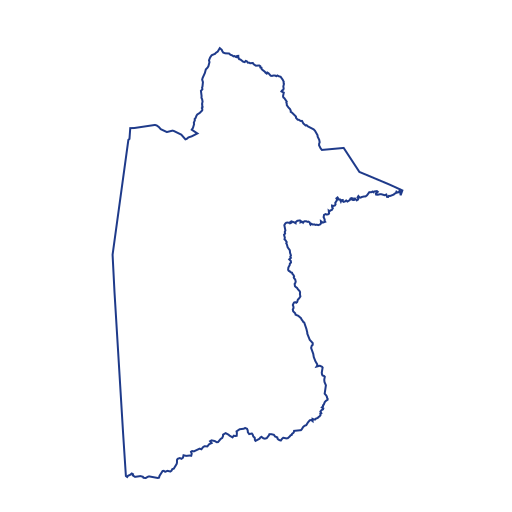 the district of Água Boa, Mato Grosso, Brazil, rotated 264°
{"feature_id": "56859067B27604315767494", "entity_name": "Água Boa", "entity_type": "district", "adm_level": 2, "iso_a3": "BRA", "parent_name": "Brazil", "parent_adm1": "Mato Grosso", "projection": "mercator", "projection_center": [-52.48, -14.089], "detail": "fine", "context": "isolated", "style": "outline", "palette": "blue", "viewbox_px": 512, "rotation_deg": 264, "n_neighbors": 0, "source": "geoboundaries", "source_scale": "gbopen_adm2", "svg_char_len": 6035}
<svg xmlns="http://www.w3.org/2000/svg" viewBox="0 0 512 512"><g transform="rotate(264 256 256)"><path d="M396.3,144.3L385.7,142.4L384.8,141.2L272.3,113.5L235.0,111.5L93.7,105.3L50.8,103.6L49.7,104.8L50.8,105.7L51.5,107.9L52.7,109.7L51.8,110.9L50.7,110.5L49.0,112.6L49.2,118.0L48.3,120.4L47.2,120.9L46.7,123.1L47.7,125.2L48.0,126.6L45.5,135.1L45.7,136.4L47.5,137.1L51.9,140.6L52.0,141.8L50.9,143.1L51.6,145.5L50.6,148.3L51.3,149.5L52.8,150.5L53.1,152.0L57.4,155.3L58.7,155.8L61.4,156.1L62.5,156.9L63.0,159.1L62.1,160.7L63.1,162.3L65.4,163.1L64.5,165.7L64.5,169.1L64.1,170.7L66.1,171.4L68.1,170.9L68.7,172.1L68.2,173.8L70.3,179.8L69.5,181.5L71.4,183.3L72.2,184.9L71.7,187.7L73.7,189.7L74.6,192.3L76.6,191.0L77.3,192.5L76.3,195.6L74.9,197.5L74.9,198.8L77.8,201.8L78.6,203.4L80.4,204.4L81.8,204.6L83.0,207.3L81.1,210.1L80.2,210.8L78.1,213.7L79.6,215.1L79.1,216.6L79.2,218.0L82.1,218.5L83.6,218.3L85.4,221.6L85.5,225.8L86.1,227.2L85.1,229.0L83.5,229.5L81.6,229.5L79.6,230.6L79.9,233.3L78.8,234.0L76.7,234.5L75.5,235.7L73.1,235.7L72.2,236.2L73.9,240.4L74.9,241.2L75.6,242.5L73.9,244.3L73.4,245.7L73.7,247.6L76.3,250.1L77.4,250.7L77.2,252.6L76.3,255.1L74.5,256.1L73.4,258.2L72.1,258.3L71.2,259.0L70.4,260.1L69.9,261.4L71.4,262.7L72.4,264.1L71.4,267.2L71.5,268.6L73.1,270.8L74.1,271.7L74.3,272.8L75.4,273.3L76.2,274.7L77.0,275.3L78.1,275.6L78.1,282.5L78.9,283.4L81.1,285.1L82.1,286.6L82.5,288.3L85.0,290.2L87.0,292.3L87.1,293.8L85.9,295.0L88.1,295.2L87.4,296.4L87.2,297.7L87.9,298.3L88.5,300.5L89.4,301.4L89.8,302.4L91.2,303.6L92.6,303.5L92.9,304.5L94.6,303.8L95.9,305.1L96.5,306.6L97.4,307.0L98.5,305.7L99.4,306.9L100.5,307.0L101.0,307.8L103.5,309.1L104.5,310.2L105.6,312.2L106.7,312.3L107.6,311.8L108.6,311.8L109.9,311.3L111.9,309.9L120.1,312.0L123.3,311.0L124.6,310.9L126.1,311.0L128.7,311.8L129.6,311.1L130.2,309.7L131.2,309.3L133.1,309.2L138.1,310.6L138.9,310.1L140.2,308.0L139.7,304.7L140.8,305.5L141.8,305.6L145.1,304.1L149.4,302.9L152.7,302.7L158.8,301.2L161.0,302.1L161.7,303.1L163.5,303.3L167.0,300.7L173.4,298.9L174.4,299.0L178.2,298.5L184.8,297.0L185.6,296.0L186.9,295.5L188.0,294.7L189.4,294.3L192.1,291.8L193.5,289.2L194.9,289.0L197.1,287.2L199.0,287.0L200.4,287.9L201.9,287.9L203.4,287.5L204.5,288.1L205.7,288.9L206.0,290.1L205.3,291.1L205.9,292.1L208.3,293.1L209.1,294.2L211.1,295.9L213.6,295.7L214.8,296.0L216.2,295.9L218.7,294.1L220.0,293.5L220.9,292.4L221.9,291.6L224.2,291.5L225.3,292.4L226.5,292.8L228.6,292.5L229.8,291.6L230.9,291.3L231.8,291.8L233.5,291.1L234.5,290.3L235.6,290.1L236.3,288.6L237.3,288.0L237.8,287.0L238.9,286.5L241.2,287.0L243.5,288.6L244.9,288.9L245.8,290.1L247.4,290.1L249.2,288.7L250.5,290.5L251.6,290.0L252.9,290.8L255.6,290.2L258.2,290.2L261.3,288.4L264.4,287.9L265.5,287.4L266.6,288.0L268.6,287.0L269.6,286.1L271.2,286.6L274.2,286.1L275.3,287.3L276.9,287.1L278.3,287.9L283.7,287.4L285.2,288.5L285.9,289.5L286.0,290.8L285.5,292.5L286.2,293.8L285.1,293.7L285.5,294.8L286.6,295.1L285.6,297.3L284.5,298.8L285.5,299.0L286.7,300.8L286.8,303.4L286.1,304.2L284.8,303.8L285.1,305.7L284.2,306.3L285.1,307.1L285.5,307.9L285.3,309.6L284.6,310.7L284.7,311.8L283.6,313.0L282.3,313.1L281.4,313.5L282.2,314.6L281.4,315.6L281.3,317.4L280.7,318.4L280.8,319.7L280.2,321.2L280.8,323.3L281.8,324.1L283.8,324.2L282.2,325.9L282.8,328.4L283.9,327.9L285.2,328.1L287.6,327.3L289.8,328.0L290.4,329.6L289.8,330.8L290.0,332.3L290.6,333.1L293.4,333.1L292.7,333.8L293.6,334.8L293.8,336.1L295.5,337.4L296.8,336.8L298.2,336.9L297.7,338.2L298.0,339.7L299.0,340.5L300.6,340.4L302.7,342.1L303.9,342.5L304.9,342.0L305.7,343.2L304.8,343.7L303.6,343.9L303.5,345.4L301.3,346.1L302.6,346.8L302.6,348.1L301.4,348.1L300.7,348.7L300.9,350.1L301.8,351.5L300.6,352.6L301.8,355.1L303.3,356.0L303.6,357.0L303.2,358.1L302.3,357.0L301.5,358.4L301.5,359.5L302.7,360.5L300.8,362.0L301.5,363.4L302.5,363.8L303.6,363.1L304.9,364.1L303.5,365.1L303.1,366.2L303.6,367.2L303.9,369.5L303.8,371.2L304.8,372.8L307.6,375.3L307.4,377.5L307.9,378.6L307.1,379.5L307.8,380.3L307.9,383.0L307.1,383.8L305.5,381.7L304.5,381.9L304.2,383.6L304.5,385.9L304.3,387.2L303.0,390.3L303.5,392.0L301.1,392.5L300.9,393.6L301.9,394.4L301.7,395.8L302.7,399.4L303.5,400.3L303.9,401.7L305.3,402.4L304.3,403.5L304.5,404.5L305.6,405.4L304.6,406.3L303.5,406.1L301.3,406.2L305.9,408.4L313.0,396.4L328.8,367.6L354.3,354.5L354.6,332.6L356.3,331.5L359.5,330.3L361.0,330.5L362.5,331.2L365.0,331.0L368.2,329.8L369.7,329.8L374.3,327.8L375.9,326.6L379.6,321.0L380.8,320.0L380.6,319.0L382.9,316.9L385.5,315.9L385.7,314.4L387.0,312.8L387.2,311.7L389.3,310.2L390.5,310.3L394.8,306.8L395.7,305.6L397.1,305.7L398.7,305.1L400.3,303.8L402.8,302.4L404.3,302.5L405.5,302.2L406.3,302.7L410.0,300.7L410.8,299.8L412.2,299.6L415.6,300.7L417.0,298.5L417.8,299.1L418.6,300.6L419.7,301.0L421.8,300.9L424.3,301.8L425.2,301.5L426.3,301.8L428.5,301.0L431.7,299.2L432.3,297.6L433.3,296.1L432.7,295.0L433.5,293.8L433.7,292.1L433.4,290.7L433.8,289.4L436.4,287.6L437.3,286.4L436.3,285.7L437.4,284.5L438.3,284.1L440.6,281.7L441.7,281.0L442.7,281.1L443.1,280.0L444.3,280.1L445.1,279.2L445.3,275.7L447.0,273.7L448.3,273.0L448.3,270.3L449.0,269.4L449.1,268.1L450.5,267.3L451.1,266.2L450.0,265.0L450.6,263.5L453.0,261.1L453.5,259.8L455.7,259.2L456.9,259.3L456.9,258.1L455.7,257.7L456.2,256.5L457.1,255.7L456.9,254.5L458.0,253.3L458.8,251.6L460.2,250.4L460.8,246.6L461.7,244.7L463.2,243.9L464.6,243.5L466.5,241.7L463.3,239.3L462.1,237.1L461.4,236.5L460.3,232.9L458.2,231.1L455.5,229.7L453.7,230.0L449.7,228.5L448.4,227.5L446.8,225.6L443.4,224.3L438.6,221.5L437.0,220.9L434.5,221.4L430.2,220.5L429.2,220.0L427.4,220.1L426.0,218.5L420.8,218.6L419.0,218.3L417.6,218.8L415.2,219.0L412.7,218.2L411.8,218.4L410.7,218.1L409.8,218.5L408.8,217.6L407.8,218.0L406.4,217.7L404.1,214.9L402.9,212.4L401.8,211.5L399.5,210.3L398.6,209.3L397.5,209.4L395.0,208.1L393.6,208.2L390.0,206.7L388.3,205.3L384.0,210.5L381.7,204.5L381.0,201.2L379.7,199.3L379.4,198.0L384.5,194.4L388.9,187.4L389.4,186.1L388.6,180.3L392.1,174.5L394.4,172.9L396.2,170.9L396.9,169.2L396.0,148.4L396.3,144.3Z" fill="none" stroke="#1e3a8a" stroke-width="2"/></g></svg>